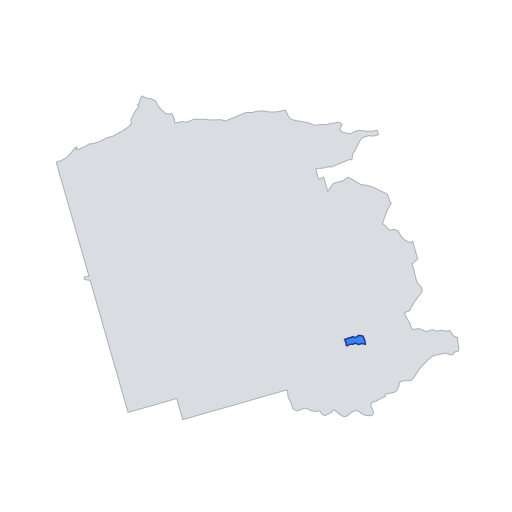 Nitega, Southern Darfur, Sudan shown in context, rotated 254°
{"feature_id": "16777658B78746843728772", "entity_name": "Nitega", "entity_type": "district", "adm_level": 2, "iso_a3": "SDN", "parent_name": "Sudan", "parent_adm1": "Southern Darfur", "projection": "robinson", "projection_center": [25.325, 12.6], "detail": "fine", "context": "in_parent", "style": "filled", "palette": "blue", "viewbox_px": 512, "rotation_deg": 254, "n_neighbors": 0, "source": "geoboundaries", "source_scale": "gbopen_adm2", "svg_char_len": 4792}
<svg xmlns="http://www.w3.org/2000/svg" viewBox="0 0 512 512"><g transform="rotate(254 256 256)"><path d="M343.4,407.2L339.2,407.2L338.8,406.1L338.8,403.0L339.3,400.7L340.8,397.1L340.4,395.1L340.6,392.2L339.5,389.0L329.4,379.6L327.5,377.1L322.1,374.7L323.0,372.1L320.7,352.9L321.7,350.7L322.0,347.4L322.0,344.4L323.2,339.5L323.3,337.4L312.7,337.3L312.6,339.4L313.1,341.8L313.1,342.7L298.3,342.8L304.3,350.3L304.6,353.6L304.3,357.7L304.4,360.3L304.7,362.0L306.3,365.4L306.2,366.0L305.9,366.8L295.5,376.8L293.7,381.5L292.4,383.9L289.4,388.0L279.8,398.7L278.3,399.4L271.0,399.8L270.3,400.0L269.7,400.5L269.4,400.4L263.1,394.1L252.6,386.6L245.6,390.5L243.8,391.9L243.7,395.6L242.7,397.4L240.8,399.4L235.7,400.7L233.0,401.8L229.8,403.9L226.7,407.3L226.5,409.1L226.9,410.7L209.1,410.6L208.0,409.3L205.4,403.7L203.6,404.0L187.4,403.4L185.1,404.0L180.5,406.3L178.2,406.6L175.8,405.6L167.3,394.4L165.4,393.1L163.5,390.5L161.7,389.3L161.1,388.5L160.9,387.3L160.9,384.8L160.3,383.3L159.0,382.9L147.6,385.5L145.9,385.2L143.5,385.7L142.7,386.1L141.8,387.6L141.6,390.7L141.3,392.2L140.4,393.9L137.2,397.6L136.4,399.3L136.6,403.5L136.4,405.6L135.9,406.5L134.5,408.1L134.0,409.0L133.4,414.4L131.6,417.6L131.2,418.7L131.1,421.1L130.8,421.8L125.6,423.6L123.7,424.8L122.5,426.6L122.2,427.4L120.0,426.7L117.2,426.3L111.8,425.7L109.7,424.8L108.6,423.6L109.0,420.3L108.4,419.7L107.6,419.1L107.0,417.7L107.1,416.0L110.0,412.3L110.5,410.3L111.3,400.9L111.1,398.1L108.8,392.8L103.7,383.8L102.4,382.0L95.9,374.6L95.2,373.4L93.6,370.3L95.4,363.4L95.5,361.5L95.1,359.5L93.4,358.1L92.0,357.9L90.1,356.0L88.8,355.2L87.7,353.6L86.9,351.3L87.5,343.2L87.1,342.1L85.5,341.8L85.1,341.2L85.2,339.7L84.3,335.1L83.3,331.2L83.8,329.1L82.5,326.2L79.8,325.0L74.7,325.9L73.1,325.8L71.9,325.2L71.2,324.2L70.8,322.9L71.2,321.1L72.6,317.6L74.5,314.8L78.2,312.2L79.2,310.8L79.8,309.3L79.9,307.5L79.6,305.7L79.2,304.0L78.1,301.8L77.1,299.1L77.1,297.4L77.6,296.1L78.6,294.6L82.3,291.6L86.1,289.1L86.7,288.2L86.5,287.2L84.7,285.1L84.2,281.1L83.3,278.4L85.2,276.3L86.6,275.5L88.8,274.9L89.7,274.0L89.9,272.3L89.9,270.8L90.7,269.6L91.7,267.0L92.6,265.9L95.5,262.9L96.1,261.0L96.3,259.1L95.6,253.5L97.2,251.1L99.4,249.2L102.4,249.3L107.2,248.9L110.4,248.1L112.7,248.1L118.0,249.2L118.5,248.7L118.8,247.2L118.9,140.5L140.6,140.5L140.9,140.3L140.9,89.9L277.2,89.9L278.4,89.7L280.5,85.0L281.4,84.6L282.8,84.9L283.3,86.0L282.2,89.9L401.2,89.8L401.5,95.6L402.6,100.2L406.1,106.8L409.0,110.4L410.1,112.3L410.2,113.2L410.1,114.1L409.2,113.1L407.7,112.4L407.6,115.5L408.4,121.9L409.7,126.3L408.9,130.4L409.1,137.3L410.8,145.7L410.6,151.0L413.3,163.4L415.8,170.3L417.1,172.0L418.7,172.9L421.5,173.5L425.8,177.0L429.2,180.7L430.5,182.6L432.1,184.7L433.2,184.3L433.9,183.8L435.0,185.5L440.4,189.2L441.2,190.9L439.3,192.6L437.2,195.5L436.2,198.2L435.6,199.0L433.9,200.7L433.6,201.5L432.8,202.1L432.0,202.1L430.2,203.0L428.6,202.7L426.9,203.2L426.3,203.9L425.0,204.4L423.2,204.8L420.5,207.0L418.1,208.1L417.3,209.1L416.1,213.6L415.2,214.8L411.6,214.9L409.9,215.3L407.5,214.8L406.3,214.9L406.0,215.8L405.7,219.7L405.8,221.4L403.8,225.9L404.5,234.2L402.7,240.4L402.4,241.8L400.6,246.8L399.6,248.6L397.2,257.8L396.3,260.7L394.2,263.6L396.6,285.8L394.9,292.6L395.0,296.3L393.8,301.8L392.9,304.3L391.3,307.4L390.0,310.8L388.9,315.3L388.2,323.8L387.8,324.6L381.4,325.6L379.5,326.2L378.1,327.2L376.5,329.3L373.3,335.3L371.6,339.0L369.0,344.0L365.9,347.6L365.3,349.3L364.8,352.5L363.7,357.6L362.7,361.3L362.9,364.2L362.0,369.2L362.1,371.7L361.1,373.1L359.6,374.4L358.6,374.7L354.1,371.3L351.0,373.6L349.1,376.9L347.6,380.2L348.5,387.2L348.5,388.8L348.1,390.4L345.2,397.3L344.3,400.4L343.4,405.9L343.4,407.2Z" fill="#d9dde1" stroke="#a8b0b8" stroke-width="1"/><path d="M144.6,325.9L144.8,326.7L145.0,327.5L144.0,328.4L143.3,329.2L142.6,330.5L142.5,331.3L142.9,332.8L142.3,334.1L142.1,334.8L141.0,336.7L142.3,337.1L143.0,337.1L143.8,337.2L145.2,337.3L147.5,337.0L149.3,336.8L150.4,335.5L150.6,334.9L150.7,334.6L150.8,334.3L150.9,333.8L151.4,332.8L151.3,332.3L151.1,331.8L151.1,331.7L150.9,331.3L150.8,331.2L150.5,330.3L150.5,330.0L150.5,329.4L150.5,328.5L150.6,327.9L151.2,327.3L151.6,327.1L151.9,326.5L151.8,326.0L151.5,325.6L151.4,325.5L151.5,325.1L151.6,322.8L151.6,321.8L151.6,321.6L151.5,320.8L151.5,320.7L151.4,320.5L151.4,320.3L151.4,320.1L151.4,319.5L151.4,319.3L151.4,319.2L151.4,318.8L151.4,318.7L151.4,318.4L151.2,318.5L150.8,318.5L150.4,318.5L150.2,318.4L149.9,318.4L149.7,318.3L149.4,318.2L149.2,318.3L148.9,318.4L148.7,318.5L148.3,318.5L147.9,318.5L147.7,318.6L147.3,318.8L147.2,318.8L146.6,318.3L145.8,318.2L145.5,318.2L145.3,318.3L145.1,318.4L144.9,318.4L144.8,318.6L144.5,319.0L144.9,320.0L145.0,320.5L145.3,321.4L145.0,322.3L145.0,322.5L144.9,323.7L144.5,324.4L144.4,325.3L144.6,325.9Z" fill="#3b82f6" stroke="#1e3a8a" stroke-width="1.5"/></g></svg>